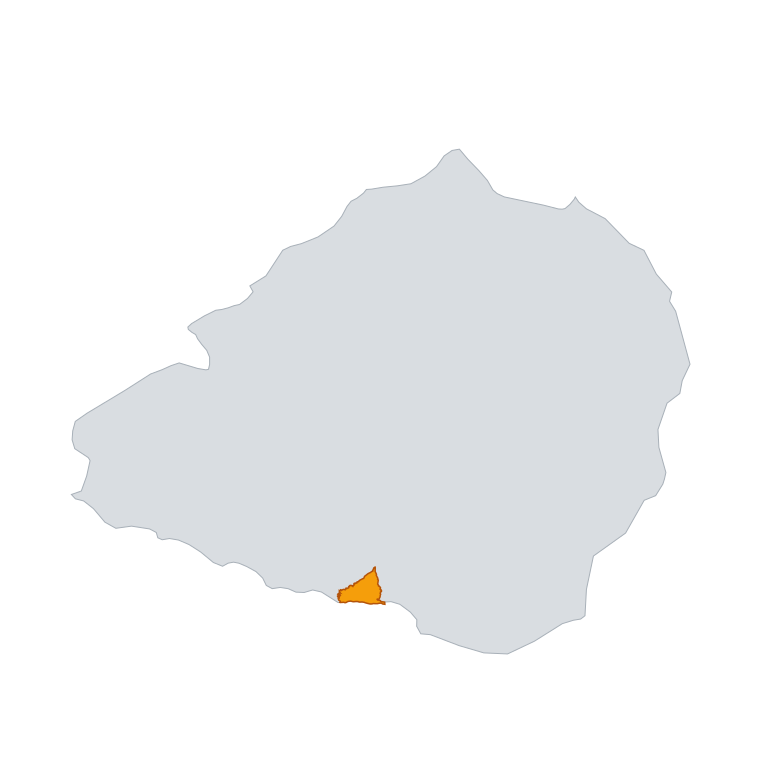 location of San Javier, Río Negro, Uruguay, rotated 281°
{"feature_id": "84410073B27439401381300", "entity_name": "San Javier", "entity_type": "district", "adm_level": 2, "iso_a3": "URY", "parent_name": "Uruguay", "parent_adm1": "Río Negro", "projection": "equal_earth", "projection_center": [-58.06, -32.653], "detail": "fine", "context": "in_parent", "style": "filled", "palette": "amber", "viewbox_px": 768, "rotation_deg": 281, "n_neighbors": 0, "source": "geoboundaries", "source_scale": "gbopen_adm2", "svg_char_len": 5867}
<svg xmlns="http://www.w3.org/2000/svg" viewBox="0 0 768 768"><g transform="rotate(281 384 384)"><path d="M604.1,536.1L599.6,540.6L594.6,549.2L588.5,569.6L568.9,597.8L564.8,613.7L543.9,630.3L529.2,648.9L519.7,648.5L511.1,656.4L461.8,680.6L444.2,676.1L431.2,676.2L419.2,665.5L391.6,661.6L374.3,665.9L350.9,677.6L343.9,677.4L338.9,676.8L326.3,672.0L319.5,661.6L283.8,649.6L255.1,622.4L221.0,621.9L194.9,625.5L190.8,621.9L188.2,614.9L182.8,604.8L160.3,580.8L142.6,556.8L139.1,533.3L141.5,507.7L146.8,477.3L145.8,467.8L152.4,462.3L158.9,461.2L165.1,453.4L170.8,441.5L171.7,432.4L167.3,415.7L164.3,392.3L160.7,380.7L167.9,362.2L168.2,353.3L164.1,345.4L162.9,337.3L164.8,329.0L164.5,321.0L161.8,313.3L163.8,306.9L170.4,301.9L175.4,294.2L178.7,283.8L180.4,275.8L180.4,270.3L178.4,265.2L174.3,260.3L176.2,250.6L184.1,236.1L189.2,223.2L191.6,212.0L191.4,202.9L188.8,196.0L189.9,191.3L194.8,188.8L197.0,181.5L196.3,163.3L191.2,148.3L195.1,136.4L206.2,122.6L211.9,111.5L212.4,103.0L215.9,98.2L221.2,107.3L236.9,109.7L252.7,110.1L255.3,107.8L261.5,92.8L269.7,88.5L278.6,87.4L288.4,88.1L298.7,98.1L327.9,130.5L349.3,153.0L355.8,163.6L361.4,171.5L365.6,178.9L363.7,198.1L363.9,206.5L364.9,208.9L369.8,209.1L377.1,207.7L383.2,203.6L388.1,197.5L392.8,192.4L396.6,189.7L398.0,185.7L400.2,181.5L402.5,180.6L406.7,183.7L416.6,194.7L424.3,204.8L426.2,210.6L429.1,216.6L432.3,221.9L434.5,227.0L441.9,233.7L449.5,237.9L454.7,233.6L467.6,247.5L496.0,259.1L501.2,266.1L506.0,276.1L515.8,291.2L529.5,304.8L540.5,310.5L551.2,313.8L557.1,316.8L561.1,321.9L567.5,327.5L571.6,329.6L572.9,334.6L577.0,345.6L581.1,359.4L585.7,372.2L595.9,384.5L607.4,394.1L619.4,399.5L626.2,406.2L628.9,413.2L620.6,423.5L611.5,436.5L603.5,446.7L595.3,453.8L592.5,458.7L590.6,466.4L590.0,506.6L589.1,521.6L589.6,525.5L590.7,528.2L595.7,532.2L601.7,535.5L604.1,536.1Z" fill="#d9dde1" stroke="#a8b0b8" stroke-width="1"/><path d="M177.5,388.1L177.3,388.2L177.2,388.2L176.9,387.8L176.8,387.5L176.7,387.4L176.6,387.2L176.6,386.9L176.4,386.8L176.2,386.7L176.0,386.4L176.2,386.2L176.4,386.1L176.4,385.9L176.4,385.7L176.2,385.6L175.5,385.6L175.4,385.5L175.3,385.4L175.1,385.3L175.0,385.2L174.9,385.0L174.8,384.9L174.7,384.9L174.8,384.7L174.7,384.6L174.7,384.4L174.7,384.2L174.7,383.9L174.7,383.7L174.6,383.3L174.3,382.8L174.1,382.6L173.9,382.2L173.6,382.0L173.6,381.9L173.5,381.7L173.5,381.4L173.4,381.4L173.5,381.2L173.4,381.1L173.5,381.1L173.8,380.9L173.8,380.7L173.3,380.4L173.2,380.3L172.9,380.2L172.7,380.0L172.7,379.9L172.6,380.0L172.5,379.9L172.4,379.7L172.2,379.7L172.2,379.9L171.8,379.9L171.5,379.9L171.4,379.9L171.2,380.0L171.0,380.3L171.0,380.5L170.9,380.7L170.7,380.7L170.5,381.0L170.5,380.9L170.4,380.8L170.3,380.3L170.1,379.8L170.0,379.7L169.9,379.5L169.6,379.4L169.5,379.2L169.4,379.0L169.2,379.0L169.3,379.2L169.3,379.3L169.1,379.4L169.1,379.5L168.9,379.6L169.0,379.4L169.0,379.2L168.9,379.1L168.8,379.7L168.7,380.3L168.7,380.5L168.8,380.8L168.8,381.0L168.6,381.3L168.3,381.5L168.2,381.4L168.1,381.1L167.8,381.1L167.7,380.9L167.3,380.9L167.2,380.9L167.2,380.5L167.1,380.4L166.9,380.4L166.7,380.2L166.8,380.0L166.8,379.9L166.7,379.8L166.5,379.7L166.9,379.6L167.2,379.8L167.2,379.6L167.2,379.3L167.3,379.2L167.1,379.2L166.9,379.1L166.8,378.9L166.5,379.0L166.4,379.1L166.2,379.8L165.9,379.8L165.7,380.0L165.7,380.6L165.7,380.8L165.4,380.9L165.1,380.8L164.9,380.6L164.8,380.4L164.9,380.2L164.7,380.0L164.4,380.1L164.0,380.4L163.4,380.7L163.2,380.8L163.1,381.0L162.9,381.6L162.7,382.0L162.6,382.3L162.4,382.5L162.1,382.5L161.5,382.5L161.2,382.4L161.2,383.1L161.4,383.7L161.7,384.8L161.8,385.3L161.9,385.5L162.0,385.8L162.0,386.1L162.0,386.4L161.9,386.9L161.9,387.2L161.9,387.6L162.0,387.8L162.1,388.1L162.3,388.5L162.7,389.0L163.2,389.5L163.5,389.9L163.8,390.5L164.0,391.0L164.4,392.2L164.5,392.5L164.5,393.0L164.5,393.6L164.4,394.2L164.4,394.7L164.4,395.4L164.5,395.7L164.5,395.9L165.2,398.1L165.4,399.4L165.5,400.0L165.4,400.3L165.3,400.9L165.3,401.3L165.3,401.8L165.5,402.6L165.7,403.2L165.9,404.3L165.9,404.8L165.9,405.9L165.9,406.3L165.7,407.1L165.6,408.2L165.5,409.5L165.4,412.0L165.5,412.8L165.6,413.3L165.8,414.0L165.9,414.3L166.0,414.6L166.4,415.2L166.4,415.3L166.9,418.4L167.0,418.9L167.1,419.4L167.4,420.1L167.9,421.3L168.1,421.8L168.2,422.4L168.3,422.8L168.3,423.1L168.2,423.5L167.8,424.7L167.8,424.9L167.9,426.9L170.0,426.3L170.0,425.6L169.9,423.7L170.0,422.9L170.1,422.1L170.7,421.6L170.8,420.9L170.8,419.9L170.7,418.9L171.1,418.4L171.6,418.5L171.5,419.9L172.6,420.4L173.3,420.4L174.2,420.8L175.6,420.6L176.9,420.8L177.4,420.5L177.6,420.2L178.1,420.3L178.5,420.4L178.7,420.2L179.0,420.2L179.3,420.3L179.8,421.0L180.4,421.1L180.9,420.7L181.0,420.3L181.6,420.2L181.5,419.7L181.8,419.3L183.4,419.4L184.1,418.7L184.4,417.9L184.7,417.8L184.8,417.1L185.5,416.9L186.3,416.0L190.5,415.8L191.0,415.0L192.1,415.0L194.6,413.0L195.8,412.9L198.3,411.1L201.7,410.5L202.6,410.3L202.6,410.1L201.5,409.4L201.4,409.0L201.1,409.0L199.4,408.8L199.1,408.5L198.0,408.6L197.7,407.8L197.4,407.5L196.5,406.8L196.2,406.4L195.5,405.4L194.8,404.5L192.8,402.8L191.5,401.6L190.0,401.4L189.2,401.0L188.9,400.4L186.8,397.7L185.8,396.9L185.4,396.9L184.8,396.2L184.8,395.8L184.7,395.4L183.4,395.2L183.4,394.4L183.1,394.1L183.0,393.9L182.9,393.8L182.7,393.8L182.7,393.7L182.7,393.4L182.6,393.2L182.7,392.9L182.4,392.8L182.3,392.7L182.2,392.7L182.2,392.8L182.1,392.7L182.0,392.8L181.8,392.9L181.7,392.8L181.3,392.8L181.1,392.9L180.9,392.8L180.8,392.7L180.6,392.7L180.5,392.4L180.4,392.3L180.2,392.2L179.9,392.0L179.6,392.1L179.5,391.9L179.4,391.9L179.5,391.7L179.6,391.4L179.7,391.2L179.8,391.1L180.0,391.0L180.0,390.8L180.0,390.6L179.9,390.5L180.0,390.2L179.9,390.0L180.0,389.8L179.9,389.6L179.8,389.3L179.7,389.3L179.6,389.0L179.6,388.9L179.4,388.7L179.2,388.7L178.8,388.6L178.7,388.6L178.6,388.4L178.6,388.2L178.4,388.0L178.2,388.1L178.1,388.3L177.9,388.2L177.5,388.1Z" fill="#f59e0b" stroke="#b45309" stroke-width="1.5"/></g></svg>